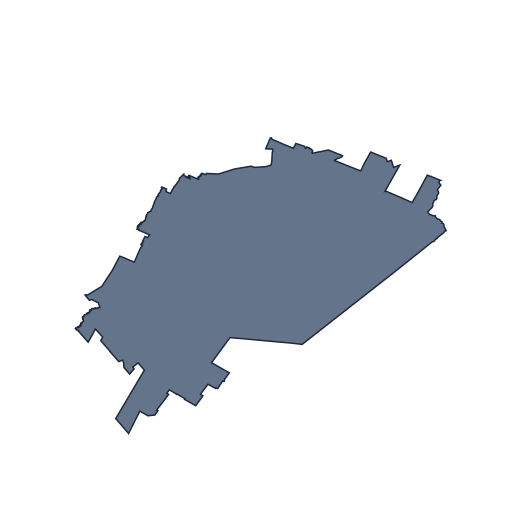 outline of Bogan, New South Wales, Australia, rotated 243°
{"feature_id": "25037944B35156214632360", "entity_name": "Bogan", "entity_type": "district", "adm_level": 2, "iso_a3": "AUS", "parent_name": "Australia", "parent_adm1": "New South Wales", "projection": "equal_earth", "projection_center": [147.254, -31.57], "detail": "fine", "context": "isolated", "style": "filled", "palette": "slate", "viewbox_px": 512, "rotation_deg": 243, "n_neighbors": 0, "source": "geoboundaries", "source_scale": "gbopen_adm2", "svg_char_len": 5934}
<svg xmlns="http://www.w3.org/2000/svg" viewBox="0 0 512 512"><g transform="rotate(243 256 256)"><path d="M160.2,93.6L162.7,98.4L163.9,97.7L172.3,115.3L174.2,114.1L176.1,118.1L168.5,122.7L168.6,123.1L161.1,127.9L160.7,127.2L150.0,134.3L155.5,145.3L158.0,143.7L163.5,154.9L162.6,155.6L156.4,159.8L156.8,160.5L155.2,161.6L159.9,169.6L158.7,170.4L159.0,171.2L160.5,172.1L164.0,179.2L181.1,167.9L195.1,195.7L187.1,208.6L169.8,236.0L162.1,248.3L156.3,257.0L180.0,377.7L188.6,419.4L188.4,419.8L188.2,421.0L189.1,423.0L189.6,425.0L189.4,425.4L189.9,425.8L190.9,430.6L191.2,430.9L191.0,431.4L191.6,434.1L192.1,434.7L192.3,435.9L192.1,436.3L192.3,437.0L193.8,436.7L195.0,437.0L196.4,436.6L197.3,437.2L199.1,437.7L200.0,437.5L200.2,437.2L200.3,437.2L200.9,436.3L202.1,437.3L203.2,436.5L204.9,436.3L206.1,435.2L206.5,434.5L209.0,433.7L210.7,434.0L210.9,433.0L211.3,432.2L211.9,431.8L214.0,429.7L216.2,429.0L217.4,429.0L217.6,430.1L218.7,432.8L219.2,434.8L220.2,436.2L221.5,436.8L222.8,437.7L223.3,438.5L223.6,438.7L224.6,440.1L224.5,442.2L225.0,443.1L226.5,443.9L227.9,445.1L228.1,445.7L228.6,446.3L229.0,447.1L229.7,447.6L232.7,447.7L233.4,448.9L234.1,450.8L234.8,451.6L234.8,452.1L235.0,452.8L235.7,452.8L236.3,452.6L236.6,452.7L237.4,452.4L238.3,452.6L238.8,452.4L239.7,453.7L239.6,454.8L246.6,448.7L247.5,448.2L247.5,447.8L250.3,445.4L239.1,429.1L232.7,419.4L240.4,413.2L254.6,401.4L255.0,400.1L271.7,425.4L272.5,418.8L279.9,420.0L280.4,415.8L284.0,416.4L291.3,409.9L296.5,405.5L296.6,405.3L293.3,400.5L289.4,394.6L284.3,388.1L284.3,387.9L293.5,379.7L293.9,379.3L294.3,379.1L295.7,377.6L296.3,377.3L298.9,375.1L301.2,373.0L304.3,370.3L305.3,369.2L306.0,369.9L305.7,370.6L305.9,373.2L305.8,373.7L305.5,374.2L305.4,375.0L305.6,375.5L305.3,376.6L305.4,377.5L305.6,377.6L305.9,378.2L305.9,378.7L306.0,378.7L317.4,368.8L317.7,368.4L319.8,360.3L320.0,360.1L322.0,352.7L323.2,353.3L323.4,353.5L323.6,354.0L324.2,354.3L324.7,354.2L325.7,353.7L326.1,353.7L326.4,353.5L326.9,353.4L327.6,352.2L328.1,352.6L330.1,350.6L329.5,350.0L329.7,348.8L331.2,349.0L331.5,349.2L338.2,342.6L335.0,338.2L344.9,329.7L345.0,329.7L352.5,323.4L354.4,323.3L354.6,322.2L347.1,313.3L343.7,319.3L342.7,318.7L341.4,318.2L340.7,317.4L333.5,313.2L330.2,310.9L331.2,305.2L333.9,298.9L335.7,294.8L338.1,292.7L342.0,280.5L343.4,275.8L346.0,260.1L346.4,259.2L352.1,249.3L351.3,248.1L354.2,245.6L353.7,245.1L353.7,244.8L354.0,244.4L353.7,243.6L353.1,243.4L352.9,243.6L352.8,243.3L352.6,243.3L352.7,243.1L352.6,242.7L353.0,242.5L352.8,242.1L352.5,241.8L352.7,241.5L352.6,241.2L352.3,241.0L352.7,240.6L352.6,240.1L351.9,240.1L351.7,239.7L351.4,239.8L350.9,239.6L350.9,240.0L350.6,239.9L350.4,239.6L358.3,232.9L358.2,232.2L357.5,231.7L357.3,231.8L357.2,232.2L356.5,232.0L355.8,232.1L356.0,232.5L355.9,232.7L355.4,232.5L355.4,232.0L355.1,232.0L357.1,230.2L357.7,229.6L358.1,230.2L360.9,227.9L362.0,229.6L359.9,222.9L358.6,222.3L354.6,214.3L354.8,214.3L350.6,208.1L354.2,205.0L356.3,206.7L360.3,203.3L360.3,203.1L360.0,202.7L359.5,202.8L359.4,203.2L359.2,203.3L358.5,202.8L358.2,201.6L357.9,201.3L357.6,200.6L357.2,200.4L356.8,200.1L356.1,199.0L356.1,198.4L355.6,197.4L354.4,196.0L353.9,196.4L353.6,195.5L353.8,194.7L353.5,193.9L353.1,193.7L352.9,193.4L352.3,193.0L352.2,192.6L351.4,191.7L351.3,191.3L350.7,190.5L350.3,190.3L350.0,189.7L349.0,189.1L348.8,188.5L347.8,187.6L347.5,187.5L347.1,186.6L346.2,186.1L345.9,185.7L345.6,185.0L345.1,184.6L345.1,184.2L344.9,184.1L344.9,183.8L344.3,183.1L343.9,182.9L343.6,182.5L343.5,181.5L343.8,180.9L343.7,180.7L343.8,180.4L343.7,180.0L343.7,179.2L342.8,178.5L342.7,177.8L342.3,177.2L342.0,177.1L341.8,176.5L341.3,176.4L341.2,176.0L340.7,175.7L340.6,175.4L340.3,175.4L340.1,175.0L338.9,174.3L338.7,173.9L338.4,173.8L338.4,173.4L338.2,173.2L338.2,172.9L337.8,172.6L337.7,172.2L338.0,171.7L337.6,171.3L337.5,170.8L337.7,170.6L337.7,170.3L337.8,170.1L337.7,169.9L337.9,169.6L337.7,169.4L337.9,169.2L337.5,168.9L337.8,168.6L338.0,168.5L337.8,168.2L337.4,168.3L337.5,167.8L337.4,167.5L336.8,167.6L337.0,167.4L336.9,167.0L337.1,166.9L336.7,166.7L336.9,166.0L336.6,165.9L336.8,165.6L336.4,165.5L336.4,165.2L336.2,165.3L336.3,164.9L335.9,165.1L335.9,164.9L336.2,164.8L335.9,164.6L336.1,164.3L335.8,164.1L335.9,163.8L335.7,163.8L335.5,164.3L335.4,164.4L335.3,164.2L335.4,163.7L335.3,163.3L335.0,163.3L334.8,163.1L334.6,163.3L334.5,162.8L334.2,162.5L333.9,162.7L333.8,162.4L333.6,162.7L333.6,162.4L331.8,163.9L331.7,163.7L323.2,170.8L321.6,167.7L323.7,165.9L320.7,161.7L320.1,162.3L318.8,160.4L319.3,160.0L318.4,158.6L317.1,159.7L315.5,156.6L305.8,144.8L312.6,139.0L313.0,138.8L317.7,134.6L308.5,121.5L299.0,104.9L297.7,88.4L299.0,86.1L298.6,86.0L292.2,87.4L291.8,89.8L285.8,94.3L281.2,93.7L281.2,93.4L281.8,93.2L281.2,92.7L281.4,91.7L281.7,91.5L281.5,91.2L281.4,90.7L282.2,89.9L282.1,89.4L282.7,89.5L282.9,89.2L282.4,88.5L282.3,87.9L282.9,87.7L283.0,87.2L283.4,86.6L283.7,85.9L283.7,85.7L283.1,85.6L283.1,84.7L282.7,84.7L283.4,83.5L283.0,83.5L282.9,83.0L282.4,82.9L282.2,82.5L281.8,82.7L281.9,82.3L281.8,82.0L281.6,81.8L281.2,81.7L281.7,80.4L280.9,80.2L280.7,79.8L281.3,79.2L281.7,79.0L281.3,78.4L281.0,77.7L281.2,76.7L281.6,76.5L281.0,75.7L280.5,75.6L280.7,74.7L280.6,74.4L280.1,74.1L280.2,73.5L279.9,73.4L279.5,73.8L279.1,73.9L278.9,73.6L278.9,73.0L278.7,72.9L277.2,73.2L276.3,72.9L276.0,71.3L275.5,70.8L275.8,70.3L275.6,69.8L275.7,69.3L275.2,69.2L275.0,69.6L274.8,69.7L274.7,68.5L274.4,68.0L274.1,68.5L273.8,67.9L273.3,68.2L273.0,68.1L273.0,67.8L273.5,67.3L273.7,66.5L273.5,66.2L273.1,66.1L273.0,65.7L273.6,65.7L273.9,65.0L273.6,64.7L273.3,64.7L273.4,63.7L273.9,63.1L273.6,62.8L273.4,62.2L273.1,62.2L272.3,62.9L271.9,62.4L271.7,62.5L270.2,63.9L270.0,63.6L255.4,67.3L261.2,76.1L263.9,79.8L253.3,82.6L251.1,79.2L237.3,82.7L237.2,82.5L224.2,85.8L223.7,90.0L220.9,89.5L216.6,87.7L208.1,89.8L210.8,96.2L213.0,95.7L214.3,102.4L205.0,104.7L174.8,57.2L155.7,61.9L170.5,82.0L162.7,87.2L160.2,93.6Z" fill="#64748b" stroke="#1e293b" stroke-width="1.5"/></g></svg>